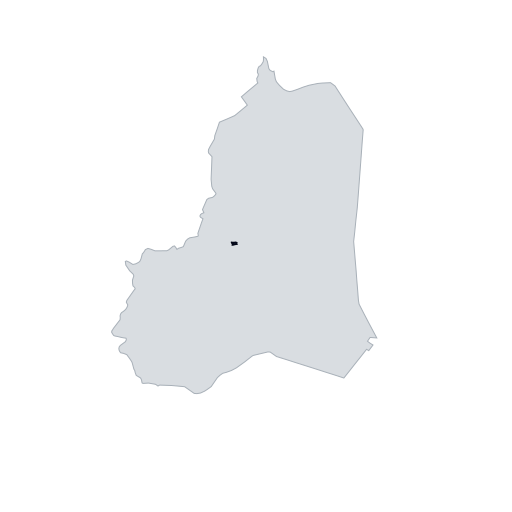 location of Al-Thawra, Baghdad, Iraq, rotated 231°
{"feature_id": "34846034B91170973982462", "entity_name": "Al-Thawra", "entity_type": "district", "adm_level": 2, "iso_a3": "IRQ", "parent_name": "Iraq", "parent_adm1": "Baghdad", "projection": "equal_earth", "projection_center": [44.467, 33.386], "detail": "fine", "context": "in_parent", "style": "filled", "palette": "ink", "viewbox_px": 512, "rotation_deg": 231, "n_neighbors": 0, "source": "geoboundaries", "source_scale": "gbopen_adm2", "svg_char_len": 3596}
<svg xmlns="http://www.w3.org/2000/svg" viewBox="0 0 512 512"><g transform="rotate(231 256 256)"><path d="M216.6,98.0L219.5,97.2L224.9,92.5L228.1,88.0L229.1,87.6L231.9,89.1L233.9,89.5L238.6,87.8L241.3,88.7L243.6,89.8L244.9,89.9L251.2,92.7L252.7,93.0L256.0,93.3L260.7,93.5L263.8,91.7L266.0,89.9L267.6,90.0L269.1,90.4L270.3,91.1L271.4,92.4L271.9,94.3L271.6,100.3L272.1,101.8L273.0,103.0L274.0,103.2L275.4,101.9L277.6,100.0L280.4,97.9L282.5,96.1L283.7,95.4L285.6,95.5L287.5,95.8L288.5,96.7L288.5,97.0L289.5,99.8L292.0,110.2L293.4,111.6L295.0,112.7L296.1,114.2L296.6,115.8L296.4,118.2L296.5,121.1L297.2,123.2L298.1,124.9L298.9,125.7L300.2,125.8L301.8,126.2L302.8,127.8L306.2,139.8L306.5,141.4L307.9,141.9L310.2,141.6L312.5,142.9L315.0,144.8L317.4,148.5L319.0,149.1L324.0,148.5L330.8,149.1L334.0,151.0L333.7,152.2L331.2,153.5L326.9,155.0L325.6,157.6L324.9,160.9L325.1,162.8L326.2,164.9L329.2,169.0L329.4,170.5L330.0,172.6L330.6,174.0L329.9,176.8L327.2,178.7L323.5,180.8L316.2,190.0L315.7,192.0L315.8,197.5L315.1,199.0L312.7,199.0L310.9,198.7L310.8,200.6L309.7,203.2L309.0,205.4L311.8,210.7L312.2,213.4L311.8,216.0L309.3,220.4L307.9,223.3L308.2,224.0L310.2,225.1L316.3,234.8L318.3,238.2L320.9,237.3L321.8,237.3L322.6,237.9L323.1,239.0L323.1,240.5L322.4,242.7L325.7,243.6L326.9,245.8L330.8,253.3L330.7,255.5L328.9,259.1L328.9,261.5L329.3,263.6L329.9,264.3L335.6,264.6L338.0,265.5L343.9,269.4L350.6,275.3L356.2,280.2L360.9,284.3L365.9,284.0L367.3,284.8L368.6,286.1L370.1,289.5L373.0,297.2L375.5,299.8L379.3,306.0L383.0,311.8L380.7,319.7L378.5,327.9L378.6,338.5L378.7,344.2L383.5,344.5L388.9,344.8L389.1,351.6L389.2,358.5L389.3,366.3L390.9,366.7L393.5,368.3L394.6,370.9L395.9,372.3L397.6,372.5L399.2,373.8L400.8,376.1L401.4,377.8L401.0,379.0L401.4,381.0L402.5,384.0L403.9,385.4L406.1,387.1L403.2,388.1L400.1,387.3L393.5,383.9L391.3,383.8L388.6,385.1L388.4,386.3L381.4,382.4L378.9,381.6L378.0,381.5L374.0,381.6L368.3,382.3L365.0,383.8L362.7,385.5L361.7,387.2L361.3,388.0L359.5,392.9L357.5,399.1L355.3,404.7L351.2,412.6L348.8,416.2L343.8,423.0L338.4,424.4L325.7,423.0L311.7,421.5L297.7,420.1L287.3,419.0L286.5,418.6L276.3,408.9L268.2,401.3L258.1,391.8L247.8,382.1L237.4,372.3L229.8,365.1L220.7,355.9L212.3,347.6L205.8,341.0L197.4,335.3L190.8,330.8L181.2,324.3L173.6,319.0L167.1,314.6L157.1,307.7L153.7,305.8L143.3,303.6L133.4,301.6L123.1,299.6L116.3,298.3L120.9,293.4L119.6,289.0L116.3,289.8L113.2,290.9L111.5,284.1L113.9,283.2L111.9,274.4L109.9,265.3L107.9,256.5L105.9,247.5L114.7,241.8L121.2,237.5L130.4,231.5L139.2,225.7L147.5,220.2L156.7,214.2L164.9,208.7L172.4,206.6L174.0,204.8L177.5,197.5L180.5,191.2L180.7,189.7L180.8,180.8L181.4,170.4L182.5,164.8L184.2,159.9L185.8,156.3L186.0,152.9L185.8,149.5L184.3,144.4L182.7,139.0L183.0,133.9L183.3,131.1L184.4,126.7L186.2,123.5L188.1,121.5L195.1,119.5L199.3,118.3L204.9,112.6L208.2,109.2L212.9,103.8L216.3,99.9L216.6,98.6L216.6,98.0Z" fill="#d9dde1" stroke="#a8b0b8" stroke-width="1"/><path d="M277.3,248.5L277.5,248.5L278.1,249.0L278.3,249.4L278.5,249.3L278.9,249.2L279.1,249.1L279.4,248.9L279.7,248.5L279.8,248.3L280.0,248.0L280.1,247.7L280.3,247.4L280.5,247.3L280.6,247.0L281.1,246.5L281.5,246.1L281.9,245.7L282.0,245.6L281.9,245.5L281.7,245.5L281.4,245.5L281.2,245.5L281.0,245.3L280.8,245.2L280.7,245.2L280.4,245.2L280.3,245.3L280.2,245.4L280.1,245.5L279.9,245.7L279.7,245.9L279.5,245.7L279.5,245.3L279.5,245.2L279.5,244.8L279.5,244.7L279.4,244.6L279.3,244.8L279.0,245.1L278.9,245.3L278.7,245.8L278.6,246.0L278.5,246.3L278.4,246.5L278.3,246.8L278.0,247.3L277.6,248.0L277.4,248.3L277.3,248.5Z" fill="#0f172a" stroke="#020617" stroke-width="1.5"/></g></svg>